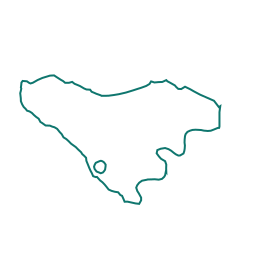 Goranboy District, Goranboy, Azerbaijan, rotated 73°
{"feature_id": "54616110B75141866412524", "entity_name": "Goranboy District", "entity_type": "district", "adm_level": 2, "iso_a3": "AZE", "parent_name": "Azerbaijan", "parent_adm1": "Goranboy", "projection": "equal_earth", "projection_center": [46.678, 40.575], "detail": "fine", "context": "isolated", "style": "outline", "palette": "teal", "viewbox_px": 256, "rotation_deg": 73, "n_neighbors": 0, "source": "geoboundaries", "source_scale": "gbopen_adm2", "svg_char_len": 2457}
<svg xmlns="http://www.w3.org/2000/svg" viewBox="0 0 256 256"><g transform="rotate(73 128 128)"><path d="M154.5,40.8L153.3,40.1L139.6,35.9L134.1,33.4L134.6,35.0L127.1,37.8L117.2,49.3L112.1,54.4L109.2,57.1L105.2,61.4L106.3,65.7L105.3,68.5L102.7,70.0L101.0,70.7L96.9,74.6L94.8,76.7L93.4,77.4L94.0,81.7L93.0,85.5L92.2,89.4L90.5,91.8L90.2,92.3L92.2,94.6L93.1,98.3L93.4,104.0L93.4,106.3L93.5,112.4L93.5,119.6L93.0,126.8L92.3,132.0L91.4,137.4L89.5,143.9L88.8,144.5L87.3,146.5L86.0,148.3L84.5,150.0L82.7,152.2L80.3,153.0L79.0,156.5L77.2,158.6L76.4,159.3L73.8,161.7L71.7,164.2L70.1,166.2L67.6,167.9L67.5,171.4L66.4,174.9L64.2,176.3L62.3,178.1L58.3,181.5L56.1,183.3L55.1,187.3L55.1,191.1L55.1,195.2L55.7,200.4L56.9,205.7L56.9,208.2L56.0,209.3L53.8,211.0L53.0,213.0L52.2,215.0L52.3,215.1L53.4,216.6L55.6,217.5L58.0,218.6L59.0,218.5L61.1,219.6L63.2,220.9L65.9,221.4L68.1,221.8L71.1,222.6L74.4,222.3L77.4,221.6L79.8,220.3L81.9,219.5L83.4,217.3L85.5,215.5L88.0,214.2L90.4,212.7L93.0,210.7L96.6,210.0L98.3,208.5L98.6,208.3L101.5,206.1L102.9,202.0L104.5,200.1L105.8,198.1L108.1,196.0L111.9,194.5L114.5,193.2L118.1,192.4L120.6,190.2L123.3,188.6L126.4,187.0L128.9,185.1L131.0,183.5L133.9,182.0L137.5,179.9L139.6,179.4L141.5,178.2L144.2,176.8L147.2,177.4L150.4,177.1L155.0,176.7L158.1,176.3L160.5,175.8L163.9,175.4L165.5,173.2L165.7,172.0L170.0,170.0L172.4,168.3L175.2,166.9L177.6,165.9L181.2,164.5L183.3,162.1L185.1,159.3L186.6,156.2L189.9,154.9L191.1,153.5L194.3,153.1L197.5,152.8L198.3,150.0L200.2,146.6L202.3,142.9L203.8,139.5L201.0,136.6L198.4,135.8L193.5,136.8L191.1,137.5L187.5,137.6L185.5,136.0L183.6,133.3L182.5,130.0L183.0,124.9L183.0,124.2L184.0,120.6L184.8,117.5L186.4,113.7L186.6,110.4L185.3,107.7L184.0,106.3L180.4,104.4L181.1,104.2L177.7,103.3L174.2,102.1L170.6,102.2L167.1,105.4L164.3,106.7L160.6,108.0L157.7,106.4L157.4,102.8L158.0,98.4L160.1,95.4L162.3,93.4L165.1,91.5L167.1,90.0L169.0,88.0L169.5,86.3L168.6,82.4L166.5,80.9L164.5,79.9L161.4,78.7L158.5,78.2L155.6,77.2L152.5,75.9L150.7,74.7L149.1,72.3L148.7,69.7L148.7,69.4L148.7,66.9L149.4,63.9L150.6,60.6L151.3,58.7L152.7,56.2L154.2,52.5L154.8,49.6L154.6,46.6L154.2,42.2L154.5,40.8ZM156.5,160.1L158.2,160.7L161.1,162.1L162.2,163.4L163.2,165.0L163.3,167.3L161.9,168.9L161.4,169.6L160.4,170.8L157.4,171.9L155.1,171.8L153.3,170.5L151.9,169.0L151.7,167.5L151.5,165.9L151.4,164.9L151.4,163.8L151.5,163.4L152.3,162.2L153.8,161.0L156.4,160.1L156.5,160.1Z" fill="none" stroke="#0f766e" stroke-width="2"/></g></svg>